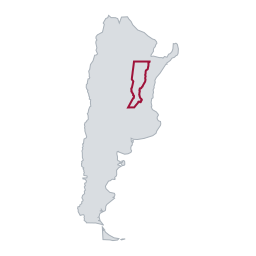 Argentina, with Santa Fe highlighted
{"feature_id": "ARG-1310", "entity_name": "Santa Fe", "entity_type": "Province", "adm_level": 1, "iso_a3": "ARG", "parent_name": "Argentina", "parent_adm1": "", "projection": "equal_earth", "projection_center": [-60.696, -31.191], "detail": "fine", "context": "in_parent", "style": "outline", "palette": "rose", "viewbox_px": 256, "rotation_deg": 0, "n_neighbors": 0, "source": "natural_earth", "source_scale": "10m", "svg_char_len": 6048}
<svg xmlns="http://www.w3.org/2000/svg" viewBox="0 0 256 256"><path d="M156.4,77.4L154.9,80.3L155.2,82.3L153.9,86.9L154.2,87.8L153.1,89.9L153.5,92.3L152.9,94.5L153.1,97.4L152.7,98.2L151.8,98.4L151.1,102.4L151.9,106.1L151.2,106.8L152.4,109.6L156.3,111.9L158.3,114.4L158.3,115.4L157.3,116.9L157.1,118.1L157.7,119.8L158.7,120.9L160.5,121.5L160.8,123.9L160.4,125.5L156.8,130.9L156.0,133.3L152.7,135.7L144.1,138.4L137.4,139.5L133.6,139.3L131.1,138.2L131.3,141.2L132.6,142.1L131.9,142.1L132.4,142.7L132.2,145.2L131.4,145.6L130.8,147.7L130.9,149.5L131.6,150.9L130.9,152.4L128.0,153.8L124.6,154.2L118.3,151.8L118.5,151.5L118.2,151.3L117.1,151.8L116.8,153.8L117.5,156.9L117.4,159.6L117.8,160.5L120.1,161.5L119.9,162.6L120.7,162.7L122.3,162.4L122.5,161.6L121.6,161.2L123.8,160.5L124.7,161.7L124.8,164.4L124.4,165.1L122.7,165.6L122.2,165.5L121.2,163.6L120.3,163.2L117.9,164.2L117.7,164.8L121.3,166.2L118.7,167.7L116.6,170.2L116.7,174.8L116.2,176.1L114.8,177.3L114.6,178.2L115.1,178.7L114.9,179.5L112.2,179.2L110.3,180.7L108.5,181.1L105.4,186.2L106.0,188.7L109.7,192.3L114.3,193.3L114.9,194.5L114.7,195.9L114.2,196.7L112.6,197.5L114.0,197.5L114.6,198.2L106.8,204.5L105.8,206.3L105.5,210.1L104.9,210.8L103.3,211.6L102.2,210.8L101.3,209.4L101.3,210.5L99.8,211.0L101.7,211.0L102.6,211.9L100.1,213.3L99.5,214.5L99.3,216.2L98.4,217.2L99.1,217.0L100.0,220.3L98.1,220.5L100.4,221.1L103.3,224.8L103.1,225.1L103.0,224.7L95.9,223.0L86.4,222.8L86.4,222.3L84.1,220.3L84.5,218.8L84.0,217.6L84.4,216.5L84.0,215.1L83.2,214.6L80.2,215.4L78.2,211.7L78.2,209.7L77.6,208.4L78.0,206.7L79.6,206.6L79.9,204.9L81.8,203.5L81.7,201.8L82.9,200.9L83.1,200.0L81.9,197.8L82.6,195.4L84.6,193.6L84.3,191.2L85.4,190.1L84.3,186.9L85.4,185.6L84.8,184.9L84.7,183.2L85.9,182.8L86.5,181.0L85.2,179.3L83.0,178.9L82.8,178.0L86.8,177.9L87.2,176.6L86.9,175.9L83.9,175.5L83.8,173.7L84.4,172.5L83.8,171.4L83.9,170.3L83.0,168.7L83.8,168.0L81.7,166.3L81.5,163.6L82.0,162.9L81.6,161.5L83.3,160.1L82.4,157.5L82.3,152.4L81.9,151.0L82.9,148.9L82.3,147.6L83.1,146.5L82.6,143.9L83.5,143.7L84.0,139.1L86.3,137.8L86.7,136.8L84.9,131.1L84.9,128.9L84.5,127.9L84.9,126.6L84.4,124.7L85.1,122.5L86.6,121.6L86.7,120.8L88.3,119.3L88.1,115.5L87.3,113.5L88.1,112.8L88.6,109.9L89.7,106.9L90.8,106.3L90.4,102.8L90.7,99.7L89.3,99.1L89.5,96.8L89.0,96.3L88.6,93.9L87.6,91.8L87.5,90.8L88.0,90.2L87.0,89.4L86.2,87.4L86.3,85.6L86.4,84.4L87.5,83.5L87.3,82.6L88.1,78.9L89.3,78.7L89.8,77.3L89.2,76.6L89.3,74.4L88.7,71.1L89.7,69.5L90.5,64.5L93.0,60.9L94.7,55.2L96.1,55.1L97.6,53.9L96.0,50.2L96.9,47.9L95.8,42.9L96.0,41.1L96.9,40.0L95.9,38.1L96.1,36.5L97.5,34.8L102.5,32.1L104.3,24.4L103.2,23.0L105.8,18.5L107.8,17.7L108.6,15.4L111.1,17.6L115.5,17.7L117.7,18.6L119.3,23.1L121.5,17.1L127.5,16.8L128.8,19.0L131.1,21.5L132.7,24.8L137.7,30.0L144.1,32.5L148.0,36.0L152.5,39.0L154.8,39.7L156.5,41.7L156.9,43.3L155.9,44.5L155.1,46.8L153.9,48.1L153.4,49.5L153.4,51.4L151.0,55.1L151.1,56.4L153.5,56.1L159.3,57.6L162.1,57.6L163.0,58.2L164.5,56.5L167.0,57.2L168.6,54.2L170.2,53.6L172.0,51.5L172.9,49.0L173.3,43.6L174.2,43.9L175.9,43.2L177.3,44.3L178.4,48.9L178.1,53.3L177.4,55.0L175.6,56.0L174.6,57.2L171.9,58.2L170.3,60.5L166.8,63.0L167.0,64.3L165.9,64.2L160.1,73.1L156.4,77.4ZM103.0,239.6L102.3,226.9L104.3,229.4L103.4,229.2L103.2,230.4L104.7,230.7L105.5,232.2L109.0,235.0L114.0,237.8L118.9,238.6L117.6,240.0L112.9,240.6L110.0,239.9L103.0,239.6ZM120.9,239.5L122.3,239.0L125.2,238.9L121.5,239.9L120.9,239.5ZM133.3,140.5L133.3,141.1L132.3,140.1L133.3,140.5Z" fill="#d9dde1" stroke="#a8b0b8" stroke-width="1"/><path d="M145.6,61.5L149.6,61.5L149.6,61.8L149.5,62.0L149.3,62.2L149.2,62.3L148.8,62.3L148.7,62.4L148.5,62.5L148.4,62.6L148.4,62.8L148.4,63.0L148.4,63.3L148.4,63.8L148.4,64.0L148.5,64.3L148.4,65.4L148.4,65.9L148.4,66.1L148.3,66.3L148.1,66.8L148.1,67.1L148.0,67.5L148.0,67.8L147.9,68.1L147.8,68.7L147.8,68.9L147.7,69.1L147.4,69.4L147.2,69.5L146.9,69.8L146.4,70.1L146.2,70.2L146.1,70.3L145.9,70.5L145.7,71.5L145.6,71.8L145.6,73.3L145.4,74.2L145.4,74.4L145.2,74.7L145.2,74.9L145.2,75.2L145.4,75.6L145.6,76.2L145.6,76.4L145.6,76.5L145.4,77.0L145.3,77.3L145.3,77.6L145.2,78.1L145.2,78.5L145.3,78.8L145.3,79.0L145.4,79.3L145.5,79.4L145.5,79.5L145.4,79.8L145.4,80.2L145.4,80.4L145.3,80.7L145.3,80.8L145.2,81.3L144.9,82.1L144.6,82.5L144.5,82.8L144.2,83.1L144.0,83.6L143.7,84.1L143.3,84.8L143.1,85.1L142.8,85.8L142.6,86.3L142.5,86.5L142.4,86.5L142.2,86.6L142.1,86.8L141.9,87.0L141.7,87.3L141.4,87.8L141.3,88.0L141.1,88.1L140.9,88.3L140.7,88.3L140.3,88.3L140.2,88.3L139.9,88.4L139.8,88.5L139.8,88.8L139.7,89.1L139.7,89.4L139.7,89.5L139.5,89.8L139.4,90.1L139.5,90.3L139.5,90.5L139.7,90.8L139.8,91.0L139.7,91.1L139.6,91.5L139.6,92.2L139.6,92.3L139.5,92.5L139.4,92.9L139.4,93.0L139.4,93.6L139.4,93.8L139.2,94.4L139.2,94.5L139.2,94.8L139.4,95.1L139.5,95.2L139.5,95.4L139.6,96.0L139.6,96.3L139.7,96.5L140.0,97.2L140.1,97.4L140.1,97.5L140.3,98.0L140.7,98.5L141.0,98.8L141.3,98.9L141.4,99.1L141.5,99.2L141.6,99.4L141.7,99.5L141.8,99.6L141.8,99.8L141.7,100.0L141.4,100.3L141.5,100.5L141.4,100.6L141.1,100.9L141.1,101.0L141.1,101.3L141.0,101.5L140.8,102.0L140.6,102.2L140.4,102.2L140.2,102.2L140.0,101.9L139.7,101.8L139.7,101.7L139.2,101.7L138.9,101.6L138.7,101.6L138.4,101.7L138.3,101.8L138.3,102.2L138.2,102.5L137.2,103.7L135.9,105.2L134.2,107.4L133.9,107.4L131.1,107.4L128.1,107.5L130.2,103.6L131.8,100.6L133.0,98.5L133.2,98.2L133.3,98.2L133.3,98.3L133.4,98.2L133.5,98.2L133.8,97.9L133.8,97.7L133.9,97.3L133.9,96.9L134.0,96.6L134.0,96.4L134.0,96.2L133.9,96.2L133.7,95.9L133.6,95.7L133.5,95.4L133.4,95.3L133.2,95.2L133.3,94.9L133.3,94.7L133.2,94.6L133.1,94.4L133.1,94.2L133.0,93.8L132.9,93.7L132.5,93.3L132.4,93.0L132.3,92.9L132.2,92.3L132.1,92.2L131.9,92.0L131.6,91.8L131.5,91.7L131.4,91.5L131.4,90.9L131.4,90.7L131.5,90.5L131.6,90.3L131.6,90.2L131.4,89.9L131.3,89.4L131.4,89.0L131.4,88.9L131.3,88.6L131.3,88.4L131.6,88.2L131.8,87.9L131.9,87.7L133.2,81.8L133.3,81.4L133.0,80.9L131.8,79.4L131.8,79.1L132.0,77.2L132.5,73.6L132.7,71.7L133.2,68.2L133.7,64.1L134.0,61.5L139.3,61.5L143.2,61.5L145.6,61.5Z" fill="none" stroke="#9f1239" stroke-width="2"/></svg>